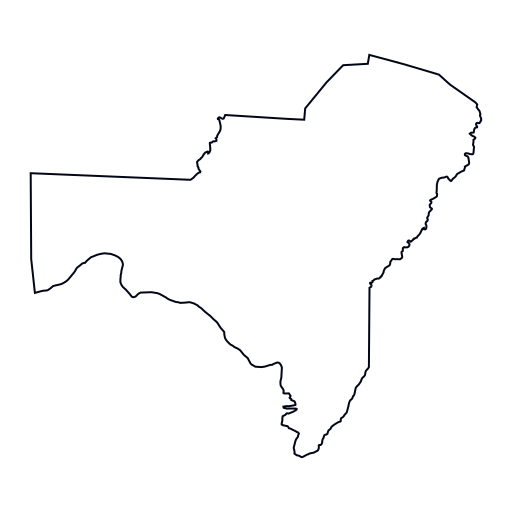 Livingstone, Southern, Zambia
{"feature_id": "96606910B12959301642296", "entity_name": "Livingstone", "entity_type": "district", "adm_level": 2, "iso_a3": "ZMB", "parent_name": "Zambia", "parent_adm1": "Southern", "projection": "robinson", "projection_center": [25.872, -17.81], "detail": "fine", "context": "isolated", "style": "outline", "palette": "ink", "viewbox_px": 512, "rotation_deg": 0, "n_neighbors": 0, "source": "geoboundaries", "source_scale": "gbopen_adm2", "svg_char_len": 6093}
<svg xmlns="http://www.w3.org/2000/svg" viewBox="0 0 512 512"><path d="M34.9,292.9L42.6,290.8L46.4,290.5L47.7,290.2L50.4,288.4L52.9,286.2L55.2,285.5L60.1,284.4L62.3,283.6L65.0,282.1L66.7,280.9L68.4,279.3L74.1,272.4L74.9,271.3L76.5,268.4L77.3,267.5L80.3,265.2L82.1,263.6L83.9,262.9L85.1,262.8L86.7,260.9L90.9,257.3L97.4,254.7L101.1,253.8L104.4,253.3L110.7,253.9L114.8,255.3L118.0,256.9L119.7,258.2L121.0,259.6L122.3,261.7L122.8,263.6L122.9,265.1L121.4,270.9L121.3,272.7L120.7,275.1L120.6,277.7L120.4,279.0L120.4,282.3L121.5,285.0L123.0,287.1L125.8,289.6L127.4,291.4L129.9,294.2L131.7,296.6L132.8,297.1L134.2,297.1L135.6,296.5L138.0,294.1L139.3,293.2L140.6,292.6L151.3,292.2L157.1,293.1L159.7,294.0L165.7,297.3L167.2,298.4L169.7,299.8L176.0,302.0L178.6,302.3L180.2,302.9L185.5,302.6L188.8,302.2L190.2,302.3L194.1,303.5L197.7,305.5L198.8,306.6L201.1,308.1L205.4,312.1L210.3,316.0L213.6,319.3L216.7,322.0L217.5,323.0L220.5,327.7L224.2,332.0L224.3,334.3L224.9,337.5L225.4,338.8L226.9,341.0L229.1,343.3L230.4,344.5L232.9,345.8L234.3,347.0L237.7,348.6L240.1,350.2L243.8,354.8L247.7,358.1L250.6,363.6L251.6,364.5L255.4,366.7L261.5,367.1L264.8,366.6L270.3,364.9L272.0,364.9L273.6,363.9L277.0,362.6L277.7,362.5L278.9,362.8L279.9,363.6L280.9,365.0L281.9,367.5L281.3,378.0L280.6,380.4L280.4,382.4L280.6,385.3L281.2,386.5L283.2,389.3L283.6,390.7L283.5,393.1L284.3,393.5L288.9,393.4L290.6,396.0L289.6,397.8L290.1,398.4L291.3,399.1L291.3,400.1L293.6,400.9L294.6,401.5L295.5,403.9L295.4,405.0L293.1,405.5L288.7,406.2L286.6,406.1L283.4,406.6L283.6,407.7L284.4,408.1L285.3,408.1L286.7,408.6L293.9,408.5L296.3,408.7L296.7,409.0L296.4,409.8L293.3,411.7L288.5,413.6L287.0,413.3L286.5,413.5L285.4,414.8L282.7,416.2L282.3,418.5L282.4,420.0L282.2,421.3L281.6,423.9L281.7,424.6L283.3,425.3L287.5,426.2L288.1,426.8L288.9,428.2L289.9,428.4L296.0,431.4L296.6,431.9L298.0,432.4L298.8,433.4L298.8,433.9L298.2,435.2L297.9,436.8L296.0,439.5L295.2,441.8L293.7,447.9L293.9,449.0L294.2,449.8L294.6,452.4L294.4,453.5L294.6,453.8L296.9,455.3L298.6,455.6L299.8,456.1L301.2,457.1L302.6,457.0L307.3,454.5L308.2,454.3L309.5,453.5L313.9,452.6L317.7,450.6L318.4,449.4L318.8,448.0L318.8,445.4L319.2,445.0L320.6,445.0L321.6,444.1L322.2,442.4L322.2,441.2L322.4,440.3L322.7,439.3L323.5,437.9L324.2,435.4L325.3,434.7L326.4,434.5L327.4,433.8L328.2,431.1L328.6,430.4L330.6,428.7L331.5,426.8L332.3,426.1L334.9,424.2L337.9,422.4L339.3,421.8L340.3,421.6L340.7,421.1L340.8,419.2L341.3,418.1L342.8,417.2L344.1,415.7L344.5,414.9L346.5,412.8L346.9,411.9L348.2,407.1L349.1,402.8L350.1,400.4L351.5,399.3L352.3,398.3L353.0,396.2L353.9,395.5L354.5,393.9L355.5,388.9L355.8,387.7L357.6,385.6L358.8,384.5L359.7,383.2L361.0,381.2L361.4,379.7L362.3,377.9L363.7,376.7L364.8,375.5L365.2,374.2L365.4,372.3L366.0,370.7L368.2,368.3L368.9,367.1L369.5,287.7L371.1,286.8L371.4,286.2L371.5,285.5L371.3,284.7L370.8,284.1L370.1,283.6L370.2,282.7L372.0,282.6L372.4,282.2L372.5,281.8L372.5,280.9L373.3,280.7L374.4,279.5L377.3,278.5L378.4,278.6L379.1,278.4L380.7,277.1L380.7,276.5L381.5,276.3L383.6,272.2L383.7,271.0L384.9,268.5L385.4,267.9L389.5,265.4L390.2,263.8L390.3,261.8L391.3,260.6L392.1,259.2L393.0,258.8L395.4,259.3L397.0,259.1L399.4,259.3L400.1,259.2L401.8,258.0L402.1,257.6L402.2,256.4L401.8,254.6L401.8,253.8L401.5,253.1L401.5,252.5L401.6,251.9L402.0,251.5L402.8,250.9L402.8,248.9L403.0,247.9L404.2,247.1L404.6,247.4L405.2,247.4L407.4,247.3L408.5,246.7L409.1,246.0L409.5,244.7L409.3,243.9L409.0,243.2L407.5,242.2L407.5,241.8L408.2,240.7L408.8,240.5L409.4,240.6L410.8,241.7L412.9,240.0L413.1,239.4L413.7,239.0L413.9,238.8L414.0,239.0L415.9,237.8L416.8,237.6L417.5,236.3L419.1,234.8L420.6,232.6L421.5,230.4L422.1,229.7L422.3,228.8L423.9,227.9L424.1,229.2L425.2,229.4L426.1,228.6L426.5,226.6L426.3,225.2L425.9,224.6L425.6,223.8L425.9,222.3L426.2,222.1L426.4,221.6L427.3,221.0L427.6,220.4L427.8,219.4L427.3,218.6L427.2,217.7L428.4,215.7L428.7,215.0L428.8,213.0L429.2,212.1L431.8,209.3L431.9,208.9L431.8,208.5L430.0,207.3L429.7,205.3L429.8,204.7L431.3,202.9L431.4,202.4L431.4,201.9L430.1,200.6L430.4,200.0L433.6,198.5L436.8,196.5L437.1,194.5L437.0,193.7L436.7,193.5L436.5,193.0L436.5,191.9L436.7,191.1L436.9,184.2L437.2,183.5L437.2,182.9L437.7,181.4L438.8,179.1L439.3,178.6L441.9,177.7L443.8,177.6L446.4,176.7L446.9,176.6L447.5,177.0L448.4,178.7L450.6,180.9L451.1,181.0L451.7,180.5L452.3,179.5L453.0,178.7L454.8,177.3L455.9,176.1L456.8,174.4L457.8,173.6L461.3,171.6L464.1,170.4L464.5,168.7L465.2,167.2L465.2,166.8L465.0,166.6L465.5,166.1L466.6,165.7L466.9,165.4L467.6,165.2L469.0,163.9L469.2,163.1L468.5,158.3L468.1,156.9L467.6,156.4L465.5,155.5L465.0,155.2L464.8,154.6L465.1,153.7L465.9,153.2L467.9,153.4L470.0,154.1L472.2,154.3L472.9,154.1L473.5,152.9L474.0,147.0L473.9,146.4L473.0,145.0L473.5,141.5L473.4,139.9L475.2,138.4L475.4,137.6L473.9,136.5L472.0,135.7L471.5,135.1L471.0,134.9L469.8,133.7L471.0,132.7L473.5,132.6L473.9,131.9L473.9,131.1L474.3,129.2L475.0,128.0L475.9,127.5L477.1,127.3L477.2,126.8L476.1,124.7L476.1,123.8L476.8,122.9L477.4,122.8L479.0,123.2L479.5,123.1L480.9,120.9L480.7,120.8L481.3,118.9L480.0,115.7L480.0,115.0L480.4,114.4L480.1,113.0L479.6,111.3L479.1,110.4L478.2,109.5L477.3,108.0L476.6,107.2L477.2,104.4L475.4,102.4L450.0,84.6L438.9,74.6L404.2,64.3L369.3,54.9L367.8,63.8L343.2,65.2L341.6,66.8L326.5,82.4L305.2,108.4L304.2,119.7L287.6,118.9L225.2,115.0L224.5,116.8L223.6,118.6L222.6,118.8L219.8,117.4L219.1,117.3L218.7,117.5L217.8,118.6L217.9,119.1L218.8,119.3L219.2,119.7L220.3,124.1L220.7,126.5L220.6,128.8L220.0,131.0L217.3,135.5L217.0,137.1L215.7,138.2L216.3,138.8L216.5,140.7L215.8,141.1L214.4,141.4L213.3,141.3L212.9,141.5L212.4,142.1L211.6,142.6L210.3,142.6L209.9,142.8L209.8,143.6L210.2,147.2L210.3,150.3L209.7,151.9L208.6,153.3L208.1,153.5L207.9,152.8L207.9,151.7L207.3,151.6L205.8,152.3L204.8,153.0L203.4,154.9L202.5,156.6L202.0,157.2L200.9,158.2L200.4,159.0L198.8,160.0L197.1,161.8L197.1,163.0L197.6,165.0L197.5,166.2L198.4,167.3L198.3,167.8L198.7,169.0L200.4,171.5L200.2,172.3L198.9,172.6L197.3,173.7L196.2,174.7L193.0,178.1L190.4,179.8L30.7,173.2L31.2,259.0L34.9,292.9Z" fill="none" stroke="#020617" stroke-width="2"/></svg>